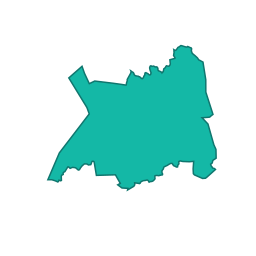 outline of Santo Domingo Tonalá, Oaxaca, Mexico, rotated 160°
{"feature_id": "50627088B17926070063491", "entity_name": "Santo Domingo Tonalá", "entity_type": "district", "adm_level": 2, "iso_a3": "MEX", "parent_name": "Mexico", "parent_adm1": "Oaxaca", "projection": "natural_earth1", "projection_center": [-97.996, 17.68], "detail": "fine", "context": "isolated", "style": "filled", "palette": "teal", "viewbox_px": 256, "rotation_deg": 160, "n_neighbors": 0, "source": "geoboundaries", "source_scale": "gbopen_adm2", "svg_char_len": 3711}
<svg xmlns="http://www.w3.org/2000/svg" viewBox="0 0 256 256"><g transform="rotate(160 128 128)"><path d="M53.0,83.6L52.9,85.2L51.5,104.4L54.9,112.3L49.6,110.8L47.5,110.3L45.2,111.2L43.5,111.7L42.6,135.1L38.4,146.8L35.0,164.3L37.4,167.0L38.3,168.0L38.6,169.5L38.8,170.2L40.4,173.3L41.2,174.6L42.1,176.2L42.1,178.8L41.1,180.7L41.2,181.6L42.2,182.4L44.0,184.2L44.9,183.9L45.6,184.2L46.0,184.4L49.7,187.2L50.3,187.4L51.9,186.8L52.2,186.8L53.6,186.6L54.6,185.8L56.3,184.8L57.2,184.8L58.1,185.9L58.2,185.1L58.5,184.8L58.8,183.4L60.4,180.5L59.8,178.0L60.1,177.4L61.3,177.5L65.3,177.8L66.3,173.8L66.8,173.0L68.3,172.1L68.9,172.2L70.6,173.3L71.2,173.0L72.3,172.0L74.2,171.3L74.4,170.9L75.5,169.0L77.1,168.2L77.0,168.9L77.6,169.1L78.4,170.1L78.9,170.6L79.1,170.8L79.5,171.1L79.8,171.4L79.9,171.8L79.9,172.0L79.9,172.9L79.8,173.2L79.5,173.8L79.6,174.5L79.8,175.3L80.1,175.6L81.3,176.0L81.8,176.3L82.2,176.9L82.9,177.5L84.4,177.7L84.9,178.1L85.1,178.6L85.5,178.6L85.8,178.6L86.0,178.5L86.3,178.2L86.9,177.5L87.1,177.1L87.3,176.3L87.3,175.9L87.4,175.4L87.5,174.7L87.4,174.2L87.5,173.3L87.4,172.3L88.0,171.1L88.5,170.6L88.9,170.4L89.3,170.4L89.8,170.6L90.1,171.0L90.3,171.5L90.5,171.9L90.7,172.2L91.1,172.6L91.4,173.0L91.9,173.3L92.2,173.9L92.9,174.0L93.4,173.6L93.6,173.0L94.1,172.3L94.4,171.8L94.8,171.6L95.2,171.4L95.5,171.2L95.8,170.6L96.2,170.3L96.5,170.1L96.8,169.8L97.3,169.6L97.9,169.5L98.4,170.2L98.7,170.5L98.8,170.6L98.9,171.0L99.2,171.6L99.6,172.2L100.2,172.5L100.8,173.3L101.6,173.6L102.7,174.3L103.3,174.7L104.0,176.2L103.8,177.2L103.9,177.7L104.1,178.4L104.6,179.0L105.2,179.7L105.5,180.3L105.8,180.7L105.8,180.4L105.8,179.9L106.4,179.0L106.8,178.5L112.1,173.9L112.6,172.6L113.4,171.6L114.1,170.7L114.6,169.6L115.1,169.0L115.6,169.2L119.4,171.3L126.8,175.2L143.2,183.5L149.2,182.9L150.2,194.3L150.1,201.7L166.5,195.3L159.6,161.3L159.6,154.9L159.6,154.5L167.6,149.4L169.6,148.1L200.7,128.3L201.1,128.0L201.2,127.9L221.0,106.8L217.2,105.4L214.5,103.3L212.4,101.3L211.7,101.5L210.7,102.6L209.3,101.4L208.5,101.5L207.2,105.5L206.5,106.3L204.8,106.5L204.4,107.9L202.9,108.6L202.2,108.6L197.9,112.0L197.2,111.8L196.2,109.9L193.6,110.0L190.9,108.6L189.1,105.5L187.9,105.4L186.1,106.9L183.9,108.2L181.2,109.2L178.9,108.2L177.8,106.8L175.5,106.3L174.8,107.0L173.3,108.9L172.2,108.8L171.4,107.8L173.9,94.3L155.8,88.3L154.2,78.6L157.1,78.1L154.2,73.7L148.7,71.3L149.6,69.9L142.5,71.2L141.3,72.1L140.7,73.2L140.5,74.2L136.7,72.2L136.5,71.9L135.6,71.9L134.9,72.6L133.9,73.1L133.0,73.2L132.0,73.3L130.9,73.1L130.1,72.9L129.2,72.7L128.4,72.7L127.7,72.5L127.3,72.1L126.9,71.4L126.9,70.8L126.8,70.2L126.7,69.9L125.6,70.0L125.1,69.9L124.3,69.7L123.6,69.6L122.6,69.7L121.5,70.1L120.7,70.6L120.0,71.0L119.8,71.6L119.7,72.3L119.5,72.8L119.3,73.5L119.0,73.9L118.1,73.8L117.6,73.7L117.0,73.5L116.2,73.1L115.7,72.8L115.1,72.6L114.5,72.7L113.7,72.5L112.7,72.4L112.0,72.3L111.7,72.2L111.3,72.7L111.2,73.4L111.4,74.0L110.8,76.1L109.4,77.1L108.8,77.4L108.5,77.8L108.3,78.2L108.0,78.7L107.3,79.1L106.6,79.2L105.3,79.3L104.6,79.4L104.0,79.4L103.5,79.5L102.3,79.8L101.2,80.0L100.1,80.1L99.2,79.8L98.6,79.6L98.4,78.9L98.4,78.4L98.1,77.8L98.2,77.4L98.0,77.0L97.5,76.5L96.6,75.7L96.1,75.0L95.7,74.7L95.3,74.5L94.7,74.5L94.4,75.1L94.0,75.9L93.5,76.2L93.1,76.5L92.6,76.7L92.3,77.2L91.8,79.1L90.2,79.2L88.2,77.9L81.9,75.3L77.7,74.2L80.8,67.3L82.2,62.7L81.6,61.2L75.2,55.1L72.4,54.3L71.0,54.7L60.0,59.1L60.3,59.8L60.8,60.5L61.4,60.9L61.8,61.2L62.1,61.3L62.3,61.9L62.3,62.7L62.6,63.4L62.8,63.8L62.8,65.1L62.8,65.5L62.7,65.8L62.2,65.9L61.5,66.0L60.8,66.4L60.5,66.8L60.0,67.5L59.6,68.3L58.8,68.7L58.4,68.9L57.6,68.9L56.9,69.1L56.1,69.4L55.5,69.5L52.7,77.7L52.7,78.2L53.1,83.4L53.0,83.6Z" fill="#14b8a6" stroke="#0f766e" stroke-width="1.5"/></g></svg>